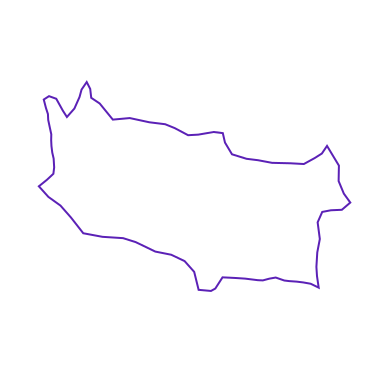 Kato Dikomo, Cyprus, rotated 7°
{"feature_id": "46923920B88544101025022", "entity_name": "Kato Dikomo", "entity_type": "district", "adm_level": 2, "iso_a3": "CYP", "parent_name": "Cyprus", "parent_adm1": "", "projection": "equal_earth", "projection_center": [33.315, 35.258], "detail": "fine", "context": "isolated", "style": "outline", "palette": "violet", "viewbox_px": 384, "rotation_deg": 7, "n_neighbors": 0, "source": "geoboundaries", "source_scale": "gbopen_adm2", "svg_char_len": 1166}
<svg xmlns="http://www.w3.org/2000/svg" viewBox="0 0 384 384"><g transform="rotate(7 192 192)"><path d="M210.5,288.3L222.9,287.9L226.9,285.0L232.7,273.0L239.3,272.5L246.4,272.0L255.3,271.5L262.4,271.5L268.2,271.5L273.1,271.1L279.3,268.6L285.5,266.7L294.4,268.6L299.2,268.6L306.8,268.2L313.4,268.2L321.0,268.6L329.4,271.5L326.3,260.2L324.6,251.2L323.7,236.7L324.6,223.1L320.4,206.8L323.7,195.9L332.1,193.2L342.9,191.4L350.4,183.2L342.9,175.1L336.2,163.3L334.6,147.9L320.4,129.8L316.2,138.0L309.6,143.4L299.6,150.6L286.2,151.5L267.9,153.3L253.7,152.4L242.1,152.4L227.1,149.7L218.7,138.9L215.4,129.8L206.2,129.8L191.2,134.3L181.2,136.1L167.1,130.7L157.1,128.0L141.2,128.0L121.2,126.2L104.6,129.8L89.6,115.4L80.5,110.8L78.4,102.1L74.1,95.7L69.9,103.8L68.8,111.4L65.1,123.5L58.7,132.8L53.9,127.0L45.9,116.0L38.4,114.3L33.6,118.3L36.8,126.4L39.5,132.2L40.5,138.0L42.7,144.4L45.3,151.9L45.9,157.7L46.9,163.5L48.5,169.9L50.6,175.7L52.2,184.4L52.2,190.8L46.4,197.7L39.3,205.0L50.1,214.4L63.1,221.5L75.0,232.1L89.1,246.2L108.6,247.4L129.2,246.2L142.2,248.6L162.8,255.6L179.0,256.8L193.1,261.5L203.9,271.0L210.5,288.3Z" fill="none" stroke="#5b21b6" stroke-width="2"/></g></svg>